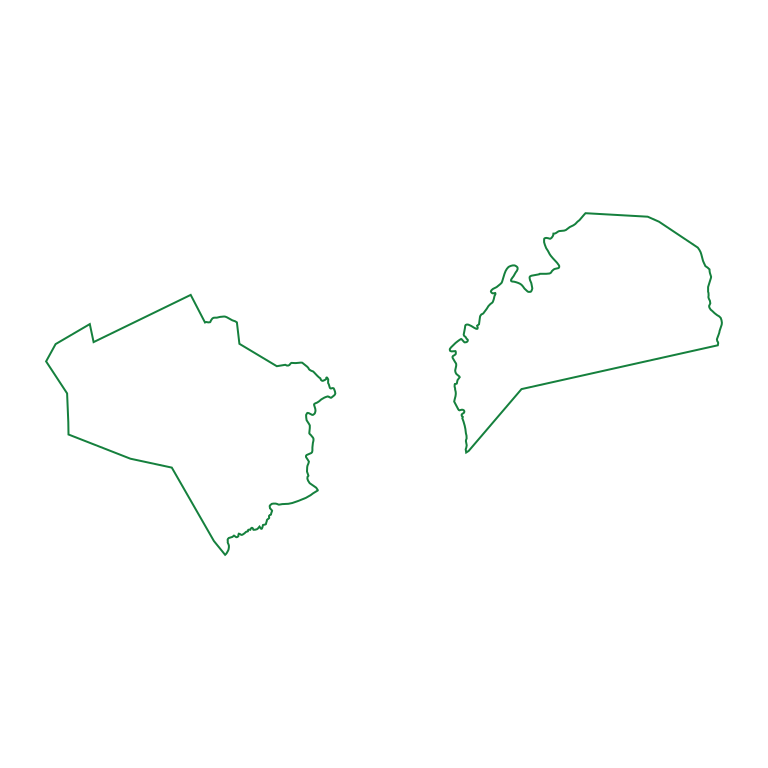 outline of San Sebastian, Comayagua, Honduras
{"feature_id": "27666195B99754076346058", "entity_name": "San Sebastian", "entity_type": "district", "adm_level": 2, "iso_a3": "HND", "parent_name": "Honduras", "parent_adm1": "Comayagua", "projection": "natural_earth1", "projection_center": [-87.707, 14.215], "detail": "fine", "context": "isolated", "style": "outline", "palette": "green", "viewbox_px": 768, "rotation_deg": 0, "n_neighbors": 0, "source": "geoboundaries", "source_scale": "gbopen_adm2", "svg_char_len": 6121}
<svg xmlns="http://www.w3.org/2000/svg" viewBox="0 0 768 768"><path d="M236.9,322.4L235.2,321.3L232.3,320.3L226.9,317.3L225.4,316.7L224.2,316.5L220.1,316.9L216.7,317.7L214.6,317.7L213.6,317.8L212.8,318.2L212.2,318.7L211.0,320.4L210.4,321.8L210.0,322.2L208.4,322.4L206.1,322.0L205.0,322.5L190.7,294.9L93.6,342.1L89.8,324.1L55.6,344.1L46.1,361.4L67.1,393.4L68.3,422.2L68.5,434.5L130.4,458.7L171.8,467.6L213.9,541.0L225.1,554.8L226.0,554.0L226.7,553.1L228.2,550.4L228.6,549.2L228.9,547.2L228.9,545.7L228.5,544.3L228.0,543.3L227.7,542.4L227.8,541.0L227.6,539.9L227.9,539.0L228.8,538.0L232.4,536.9L234.0,535.6L236.1,537.1L236.7,537.2L237.3,537.0L238.3,536.3L238.5,534.3L238.8,533.7L239.7,533.9L241.3,534.9L241.8,534.9L242.6,534.6L244.5,533.3L246.0,531.9L247.9,531.3L248.0,531.1L247.9,530.4L248.4,529.8L249.4,529.6L250.1,529.8L250.3,529.8L250.8,528.7L251.3,528.1L251.9,527.8L252.5,528.0L253.0,528.8L253.3,529.6L253.6,529.8L255.2,529.7L257.0,529.2L257.9,528.5L259.5,526.6L260.9,528.6L261.5,528.8L261.9,528.6L262.4,527.4L263.0,525.0L265.5,524.4L265.9,524.1L266.1,523.5L266.2,522.7L266.7,521.4L266.9,520.1L267.4,519.5L268.7,518.5L269.1,518.1L269.2,517.6L269.0,516.6L269.1,515.8L269.9,515.0L270.7,514.8L271.0,514.4L271.3,513.0L272.1,510.8L271.7,510.1L270.0,508.3L269.7,506.3L269.8,505.7L270.1,505.3L271.7,503.9L273.3,503.6L275.6,503.6L276.9,503.9L278.6,504.6L279.3,504.6L282.3,504.1L288.4,503.8L292.3,503.0L298.1,501.0L305.8,497.9L310.7,495.1L313.1,493.3L317.7,490.5L317.8,490.2L317.4,489.5L316.2,487.7L309.7,483.2L308.1,480.7L307.4,478.8L307.5,477.0L307.7,476.6L308.3,476.0L308.4,475.6L307.0,471.6L307.2,467.1L307.5,465.6L308.4,463.5L308.9,461.7L308.2,460.4L306.1,457.2L306.0,456.7L306.0,456.0L306.2,455.5L306.7,455.0L311.3,453.0L311.7,452.6L312.1,452.1L312.4,450.6L312.4,447.5L312.7,444.7L312.9,442.9L313.4,440.9L313.5,439.6L313.4,438.5L313.0,437.7L310.8,435.0L309.8,434.1L309.3,433.3L309.3,432.9L309.8,428.0L309.8,425.5L309.3,424.4L306.6,420.2L306.2,417.4L306.1,415.0L306.9,413.5L307.3,413.0L307.8,412.9L308.9,413.2L312.2,414.9L312.9,414.9L313.8,414.3L314.5,413.7L315.0,412.9L315.5,410.9L315.3,408.9L314.1,405.0L314.1,404.4L314.5,403.8L315.4,403.3L317.1,402.6L319.1,401.3L321.3,399.4L324.4,397.6L326.4,396.8L327.9,396.4L328.7,396.9L329.2,396.9L330.4,397.7L331.3,397.7L334.4,395.2L335.0,394.3L335.3,393.5L335.0,391.6L334.2,389.4L333.7,388.4L333.3,388.2L332.4,388.1L330.9,388.5L330.2,388.2L329.8,387.7L328.8,384.3L328.1,383.0L328.2,379.4L327.2,377.7L326.8,377.5L326.5,377.6L326.3,377.8L326.3,378.5L326.1,379.1L324.8,380.0L323.0,380.8L322.3,380.8L321.8,380.6L320.9,379.8L320.3,378.3L319.0,377.4L317.2,375.7L313.8,372.1L313.0,371.4L311.3,370.8L309.6,369.8L309.0,369.2L308.3,367.9L307.2,366.7L302.2,362.7L300.8,362.6L295.6,363.1L291.5,362.9L291.1,363.1L290.6,363.5L289.4,365.0L288.3,365.5L286.8,365.5L285.3,364.8L276.8,366.2L239.4,343.8L236.9,322.4ZM466.2,452.5L468.7,450.9L521.5,389.1L717.8,345.3L718.2,343.1L718.0,342.2L717.3,341.2L716.9,339.3L717.5,337.6L718.7,334.4L719.3,332.6L719.6,330.9L721.7,324.6L721.9,322.7L721.5,320.2L720.7,317.9L719.1,316.3L717.2,315.2L714.6,313.2L712.2,310.9L710.7,309.7L709.4,307.6L709.1,306.0L710.3,303.3L709.9,300.8L708.8,298.6L708.4,297.1L708.6,295.5L708.5,293.0L708.1,291.7L708.1,287.0L711.0,277.7L711.1,276.7L709.9,272.9L709.6,271.2L709.5,269.4L707.7,267.7L705.4,266.1L703.8,262.7L703.0,260.8L701.3,254.3L700.6,252.2L699.4,249.9L697.8,247.6L659.0,221.7L647.7,216.7L585.5,213.2L584.1,214.7L579.5,220.1L577.5,221.7L575.3,224.0L573.4,225.3L569.7,227.1L565.9,230.0L564.2,230.6L559.1,231.1L557.7,231.8L556.5,232.7L555.6,233.2L554.5,233.6L553.4,233.6L553.2,235.2L552.7,236.3L551.6,237.8L550.4,238.7L549.7,238.7L548.1,238.2L546.2,237.9L545.1,238.1L544.3,238.6L544.1,239.8L544.1,242.2L544.9,244.9L546.2,248.2L547.9,250.8L549.7,254.2L550.8,255.8L553.0,258.4L557.0,262.7L558.7,265.0L559.2,266.0L559.2,267.0L558.9,267.7L558.4,268.1L554.9,268.9L553.8,269.4L552.1,270.9L551.0,272.6L550.3,273.1L549.5,273.5L546.2,273.8L539.8,273.8L539.5,273.9L539.4,274.2L539.2,274.3L531.5,275.7L530.2,276.3L529.8,276.8L529.6,277.3L529.7,278.7L530.1,280.3L531.3,283.1L532.3,288.3L532.2,288.9L531.7,290.3L531.3,291.1L530.9,291.6L530.1,291.9L528.9,291.9L528.2,291.8L527.4,291.3L524.5,288.6L523.0,286.5L521.8,285.1L520.7,284.2L519.7,283.6L518.1,282.9L516.4,282.3L514.1,281.7L512.1,281.5L511.3,281.1L511.0,280.4L511.2,279.5L512.3,277.8L513.6,276.1L515.7,272.4L516.9,270.8L517.6,269.1L517.6,268.0L517.3,267.2L516.6,266.5L515.3,265.7L514.4,265.4L512.8,265.4L511.1,265.8L509.6,266.4L508.5,267.0L506.9,268.8L505.6,271.0L504.5,273.8L502.1,281.7L501.6,282.8L500.3,284.1L496.6,287.1L493.0,288.9L491.7,290.0L491.1,290.8L490.9,291.4L491.1,292.0L491.5,292.6L492.3,293.2L493.0,293.4L495.2,293.0L495.4,293.3L495.4,294.2L494.5,296.0L493.8,299.1L493.2,300.9L492.8,301.9L492.3,302.6L490.3,304.1L488.4,306.1L486.8,308.7L483.3,313.4L482.7,313.8L481.4,314.4L480.4,315.7L480.0,316.8L479.0,324.3L477.1,325.7L477.7,327.5L477.6,328.1L477.5,328.6L477.0,328.9L476.0,328.7L474.4,327.9L471.3,326.0L468.5,324.7L467.0,324.5L465.8,324.9L465.4,325.4L465.2,326.0L464.9,328.3L463.7,334.6L463.9,335.3L464.3,336.0L465.5,336.9L466.6,338.7L467.7,339.7L467.8,340.5L467.5,341.3L467.0,341.8L466.2,342.2L465.3,342.3L464.5,342.3L464.0,341.9L461.6,339.2L461.1,339.0L459.7,339.8L457.5,341.4L455.5,343.0L451.1,347.3L450.1,348.6L449.8,349.2L449.9,350.3L450.1,350.8L450.6,351.1L451.7,351.4L455.4,351.1L455.6,351.3L455.8,352.2L455.8,353.5L455.6,354.2L454.7,355.0L453.1,355.9L452.6,356.6L452.5,357.1L452.7,358.0L454.8,361.6L455.9,363.3L456.2,364.1L456.2,365.8L455.2,370.3L455.3,371.4L455.6,372.6L456.4,374.0L459.4,376.5L459.7,377.2L457.5,380.2L456.8,383.5L455.9,383.9L454.9,384.0L454.7,384.5L454.6,386.7L455.1,388.3L455.1,389.4L455.7,391.9L455.8,393.9L455.5,396.2L454.6,399.6L454.2,401.6L458.2,409.2L458.8,410.0L459.4,410.3L461.9,409.7L462.8,409.8L463.8,410.3L464.3,411.2L464.3,411.9L464.0,412.7L462.3,413.9L461.8,414.4L461.6,415.0L461.9,416.1L462.8,416.9L462.7,417.4L462.3,418.2L463.5,421.5L464.7,425.7L465.4,429.1L465.9,433.2L466.5,435.7L466.6,438.5L466.1,439.8L465.9,441.0L466.7,445.3L466.3,447.6L465.7,449.3L466.2,452.5Z" fill="none" stroke="#15803d" stroke-width="2"/></svg>